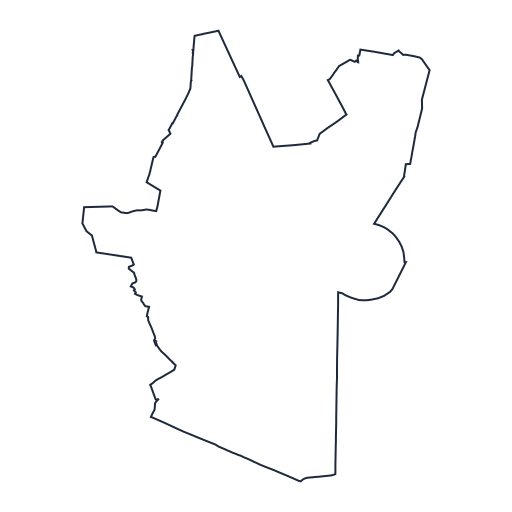 outline of Ecatepec de Morelos, México, Mexico
{"feature_id": "50627088B37920296364691", "entity_name": "Ecatepec de Morelos", "entity_type": "district", "adm_level": 2, "iso_a3": "MEX", "parent_name": "Mexico", "parent_adm1": "México", "projection": "albers", "projection_center": [-99.051, 19.572], "detail": "fine", "context": "isolated", "style": "outline", "palette": "slate", "viewbox_px": 512, "rotation_deg": 0, "n_neighbors": 0, "source": "geoboundaries", "source_scale": "gbopen_adm2", "svg_char_len": 5967}
<svg xmlns="http://www.w3.org/2000/svg" viewBox="0 0 512 512"><path d="M96.3,252.4L131.2,257.7L133.8,264.6L132.6,265.3L132.1,265.6L131.7,265.8L128.9,266.8L128.8,267.1L128.8,267.6L128.7,268.0L128.9,268.5L129.0,268.9L129.3,269.1L129.7,269.3L129.9,269.5L130.3,269.9L130.7,270.2L131.0,270.4L131.3,270.6L131.7,271.0L132.1,271.2L133.0,272.0L133.6,272.4L134.0,272.6L134.2,273.5L134.4,274.1L134.7,275.1L134.9,275.8L135.6,277.4L136.0,278.8L136.4,280.0L136.4,280.6L136.2,281.0L135.6,282.1L134.8,282.6L133.8,283.0L132.4,283.4L130.8,286.4L132.6,287.2L133.4,287.4L134.8,289.3L133.9,290.4L134.5,291.0L135.5,291.9L135.8,292.3L135.0,293.8L137.1,294.9L140.1,296.0L141.9,296.5L141.2,299.6L141.4,300.8L142.5,302.2L143.2,303.0L143.8,304.2L145.3,306.2L149.1,306.8L149.0,307.2L148.4,309.3L147.4,313.3L146.8,316.3L147.7,316.7L148.0,316.9L148.2,317.2L148.1,318.3L148.3,320.7L149.3,323.0L151.5,327.8L154.1,334.6L154.8,336.4L155.1,338.2L154.8,339.1L154.2,340.2L155.5,340.9L154.3,341.3L155.6,344.7L156.3,343.4L157.0,345.3L157.3,345.9L157.7,346.6L158.6,347.8L159.2,348.7L161.1,351.2L162.0,352.0L164.3,354.1L165.2,354.9L166.3,356.0L168.3,358.0L170.0,359.8L172.9,362.4L172.7,362.6L175.1,364.8L175.7,365.3L175.1,367.3L174.2,369.8L169.7,372.5L166.5,374.3L164.3,375.6L162.0,377.0L160.3,377.9L158.3,378.9L155.9,380.3L155.2,380.9L152.9,383.0L151.5,384.0L150.2,384.8L150.9,386.3L155.6,399.3L156.3,399.6L157.5,399.5L158.2,399.1L158.8,398.7L158.1,399.5L155.9,401.9L155.5,402.4L155.4,402.8L155.0,403.6L154.8,407.4L154.7,408.4L154.6,409.1L154.5,409.8L152.9,412.8L152.1,414.4L150.9,417.0L151.3,417.1L153.5,418.0L163.1,422.2L177.1,428.7L181.3,430.6L183.0,431.4L202.5,439.4L215.5,444.6L218.8,446.7L220.0,447.1L220.8,447.5L222.4,448.2L224.2,448.9L227.1,450.3L228.4,450.8L232.6,452.7L234.2,453.3L235.2,453.6L236.1,454.0L236.8,454.3L238.3,455.0L240.5,455.6L243.9,457.3L245.3,457.9L246.2,458.2L249.4,459.6L251.1,460.4L253.5,461.6L254.5,462.1L255.8,462.6L257.9,463.6L258.8,464.1L260.0,464.6L263.3,466.0L265.8,467.0L269.7,468.5L271.5,469.2L273.0,469.8L274.6,470.4L276.8,471.4L287.5,475.9L292.2,477.9L299.1,481.0L300.9,481.3L301.9,480.3L302.3,479.9L303.0,479.4L303.6,479.1L304.5,478.6L305.3,478.3L306.3,478.0L307.0,477.8L307.8,477.7L308.9,477.6L309.7,477.5L312.4,477.3L316.2,476.9L318.0,476.8L331.5,475.4L333.8,474.7L335.3,474.2L335.4,471.4L335.4,470.5L335.4,464.8L335.8,443.5L335.9,441.6L335.9,437.1L336.2,423.5L336.2,418.2L336.7,385.6L337.0,378.4L337.0,369.2L337.1,357.6L337.4,345.0L337.7,329.9L337.9,316.4L338.1,304.7L338.1,296.1L338.2,292.2L339.3,292.7L341.6,293.0L342.8,293.6L344.0,294.4L345.1,295.0L346.2,295.6L351.5,297.8L355.1,298.9L359.2,300.1L365.8,300.3L370.5,299.8L378.0,298.3L384.2,295.8L388.3,293.0L389.9,292.0L392.3,289.3L404.1,265.8L405.9,262.1L404.5,262.1L404.2,258.0L403.5,252.3L401.8,246.9L399.2,241.8L395.8,236.9L392.9,233.6L387.6,229.4L384.0,227.2L378.7,225.0L374.1,223.8L377.5,218.4L380.7,213.4L382.2,211.1L383.0,209.7L385.7,205.6L386.1,204.9L386.9,203.6L387.9,202.1L388.1,201.7L388.5,201.1L389.3,199.8L390.4,198.1L390.9,197.3L391.5,196.3L393.8,192.7L395.7,189.7L398.1,186.0L398.7,185.1L399.2,184.4L401.1,181.3L403.0,178.6L404.3,176.5L404.0,176.2L404.1,175.9L404.3,174.2L404.5,172.9L404.7,172.2L404.8,171.5L404.9,170.4L405.3,168.0L405.8,164.2L406.6,164.2L407.1,164.1L408.3,164.0L409.1,164.0L410.2,163.9L410.9,159.7L411.6,156.2L411.7,155.6L412.1,153.0L413.7,144.5L414.6,139.3L414.8,137.7L415.0,137.2L415.2,135.7L415.5,134.1L415.5,133.4L415.6,132.6L416.2,130.9L417.6,126.9L422.1,108.5L421.9,99.6L429.6,70.2L421.9,59.2L419.9,57.6L414.1,56.2L405.6,54.7L405.1,54.8L403.1,54.9L402.9,54.6L402.5,54.2L401.1,53.0L399.4,51.6L399.0,51.1L398.6,50.5L396.3,51.9L394.2,53.2L393.8,53.5L393.5,54.1L393.2,54.8L392.7,55.1L390.4,54.6L384.0,53.5L374.7,51.8L367.4,50.7L360.4,49.6L359.3,55.5L357.9,55.5L357.8,59.2L358.0,60.7L358.2,62.3L357.8,62.2L356.2,60.6L354.7,61.8L350.4,59.8L349.9,59.9L349.2,60.2L348.0,61.0L339.1,66.0L336.0,70.5L334.4,72.5L333.0,74.7L331.4,76.9L329.7,79.2L327.8,80.1L328.7,81.7L329.2,82.5L329.8,83.6L330.5,84.9L331.4,86.6L332.6,88.8L335.9,94.8L339.4,101.4L342.1,106.3L344.7,111.3L345.4,112.8L346.5,114.6L344.4,116.0L344.2,116.2L336.9,121.7L327.1,128.3L326.9,128.5L319.7,133.8L317.5,139.4L317.1,140.4L314.1,141.1L313.6,141.3L310.1,142.9L310.3,143.5L305.5,144.0L300.4,144.5L299.5,144.6L294.4,145.1L293.2,145.2L283.9,145.9L273.4,146.7L269.3,137.5L267.8,134.2L267.1,132.7L243.8,80.5L241.3,76.0L239.8,77.0L218.6,31.1L218.5,30.7L215.9,31.3L209.2,32.7L204.7,33.6L203.5,33.8L202.8,34.2L202.6,34.1L194.7,35.8L194.6,36.0L194.3,38.9L193.8,44.4L193.5,48.5L193.4,50.2L192.7,50.1L192.8,50.4L193.1,51.0L193.0,51.3L192.9,51.6L192.8,51.8L192.8,52.3L192.8,52.6L193.1,52.5L193.1,53.9L192.7,57.3L192.2,66.6L191.9,67.8L191.2,79.9L191.4,80.4L191.0,80.6L190.7,83.5L190.4,88.4L190.2,88.7L190.1,89.5L189.7,89.9L188.7,92.6L187.7,94.6L185.6,98.9L178.3,112.7L177.8,113.5L177.3,114.5L177.3,115.4L177.0,115.5L176.8,115.8L176.2,116.9L175.2,118.8L173.2,122.6L172.7,123.5L172.2,123.4L171.5,124.8L168.9,129.7L168.6,130.0L169.2,131.1L170.4,133.7L170.1,134.0L162.9,140.3L162.5,140.7L162.5,140.9L162.6,141.5L162.4,141.6L162.1,141.8L161.9,142.0L161.8,142.3L162.2,142.7L162.6,142.9L161.8,144.6L161.0,146.0L160.6,146.9L158.6,150.6L156.8,154.1L155.8,156.0L155.3,156.8L154.6,156.7L153.5,157.1L153.2,158.4L152.7,160.4L149.7,173.2L149.3,174.6L148.7,176.1L146.6,182.2L160.4,190.6L157.4,206.7L156.2,211.1L153.0,210.6L151.8,210.4L151.1,210.2L149.7,209.9L149.1,209.8L148.0,209.7L147.0,209.5L146.4,209.5L145.1,209.7L144.3,209.9L143.4,210.0L142.3,210.2L140.6,210.4L139.6,210.4L138.8,210.4L138.1,210.3L136.9,210.3L136.1,210.5L134.9,210.8L133.8,211.0L132.9,211.3L131.6,211.7L130.9,211.9L129.0,212.7L127.7,213.0L127.1,213.1L126.5,213.1L125.2,213.0L124.0,212.7L122.5,212.5L121.8,212.5L121.0,212.3L120.3,211.9L119.1,211.1L117.7,210.2L116.6,209.3L115.8,208.9L114.8,208.0L114.1,207.6L113.2,206.8L112.7,206.6L112.1,206.4L84.1,207.2L84.1,207.6L82.4,223.4L86.5,231.2L91.9,235.5L96.1,251.1L96.3,252.4Z" fill="none" stroke="#1e293b" stroke-width="2"/></svg>